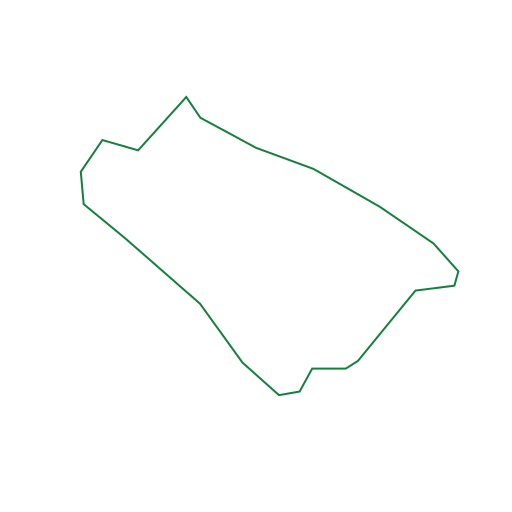 the Metropolitan Borough of Gateshead, rotated 203°
{"feature_id": "GBR-5665", "entity_name": "Gateshead", "entity_type": "Metropolitan Borough", "adm_level": 1, "iso_a3": "GBR", "parent_name": "United Kingdom", "parent_adm1": "", "projection": "albers", "projection_center": [-1.695, 54.944], "detail": "fine", "context": "isolated", "style": "outline", "palette": "green", "viewbox_px": 512, "rotation_deg": 203, "n_neighbors": 0, "source": "natural_earth", "source_scale": "10m", "svg_char_len": 426}
<svg xmlns="http://www.w3.org/2000/svg" viewBox="0 0 512 512"><g transform="rotate(203 256 256)"><path d="M237.0,358.6L161.4,349.7L97.5,336.9L63.7,320.9L61.8,306.2L95.7,286.5L121.2,199.2L129.4,187.4L160.3,174.3L162.9,148.3L180.5,136.9L226.8,152.6L288.9,190.2L382.8,221.0L434.9,236.4L450.2,265.1L442.7,302.7L405.8,307.2L382.3,375.1L361.2,361.5L298.2,355.6L237.0,358.6Z" fill="none" stroke="#15803d" stroke-width="2"/></g></svg>